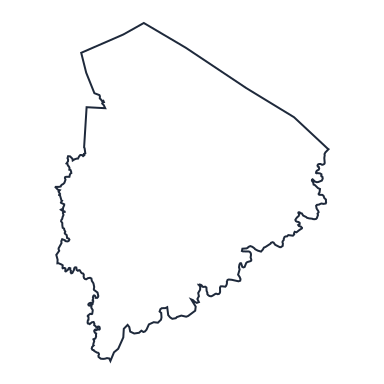 Santa Catarina Loxicha, Oaxaca, Mexico (Albers equal-area conic projection)
{"feature_id": "50627088B46665345239185", "entity_name": "Santa Catarina Loxicha", "entity_type": "district", "adm_level": 2, "iso_a3": "MEX", "parent_name": "Mexico", "parent_adm1": "Oaxaca", "projection": "albers", "projection_center": [-96.724, 16.067], "detail": "fine", "context": "isolated", "style": "outline", "palette": "slate", "viewbox_px": 384, "rotation_deg": 0, "n_neighbors": 0, "source": "geoboundaries", "source_scale": "gbopen_adm2", "svg_char_len": 5869}
<svg xmlns="http://www.w3.org/2000/svg" viewBox="0 0 384 384"><path d="M327.5,148.5L294.0,117.2L246.1,88.0L185.7,47.7L143.8,23.0L123.3,34.5L81.2,52.8L86.2,72.7L94.4,93.2L99.4,95.1L99.9,96.2L99.8,98.5L100.8,99.3L102.0,101.0L103.3,100.7L103.9,102.1L102.7,102.3L102.2,103.5L103.8,105.2L105.2,108.2L86.6,107.2L84.1,147.4L84.6,148.2L85.3,153.3L83.9,153.9L83.8,154.3L84.4,154.8L84.4,155.1L83.1,156.1L82.1,155.1L80.3,155.0L79.1,156.4L78.0,158.6L76.7,158.6L74.6,159.3L72.7,160.5L72.4,158.7L70.1,156.4L68.1,156.2L67.5,158.2L68.1,159.4L68.0,161.3L66.5,163.5L67.5,163.9L67.9,165.6L68.5,166.0L69.4,167.5L69.5,168.5L69.3,169.7L70.5,170.0L71.1,171.5L71.3,173.1L70.5,173.5L69.9,174.6L69.4,176.8L66.1,176.8L65.1,177.2L64.9,178.0L65.5,179.7L64.4,182.8L63.2,184.0L61.7,184.8L61.1,185.5L60.7,186.5L58.8,186.9L55.7,186.9L55.5,187.2L58.0,189.8L59.8,190.2L58.6,191.7L60.0,193.9L59.2,194.6L59.1,195.0L60.0,195.4L61.5,200.6L62.0,200.8L60.9,202.5L61.1,202.9L64.2,204.3L64.2,205.2L63.1,207.7L62.9,209.8L61.5,209.3L60.9,209.7L63.1,211.2L64.5,211.4L64.7,211.8L63.1,212.3L62.9,213.1L63.5,214.9L62.6,217.0L62.2,218.9L61.3,220.1L61.1,221.3L62.3,223.0L62.3,225.1L62.7,227.8L64.1,228.6L64.3,229.9L65.3,231.8L64.7,233.0L64.9,233.6L66.7,235.1L67.1,238.0L68.8,238.6L69.4,239.7L68.7,240.9L67.7,241.4L66.5,241.3L65.4,241.1L65.0,240.3L62.2,239.2L61.3,241.2L61.5,243.1L58.6,248.3L58.6,249.3L59.2,250.8L56.3,254.9L57.6,259.7L57.4,263.3L58.4,263.2L61.5,264.5L62.7,265.3L62.5,268.0L62.7,268.3L63.9,268.0L64.7,268.0L65.4,268.5L65.3,271.2L65.5,271.4L65.9,271.4L68.0,269.7L68.8,268.1L69.5,267.9L70.3,268.3L70.1,269.1L70.3,269.9L70.9,270.6L70.7,272.4L71.3,273.3L72.1,273.1L72.4,272.9L74.1,269.6L74.2,268.5L74.6,267.7L75.2,267.3L76.3,267.5L76.7,270.0L77.9,270.8L79.1,270.1L79.8,270.3L81.0,272.4L81.8,273.2L83.2,273.6L83.8,274.7L83.6,276.5L84.0,278.0L85.0,279.0L86.2,279.3L87.9,278.2L90.0,277.8L91.4,278.5L91.8,280.8L93.4,283.3L93.6,284.1L94.2,287.0L93.8,289.3L94.0,289.9L97.5,292.5L98.3,296.0L98.0,297.0L97.2,297.9L95.9,297.9L95.1,296.0L94.3,295.4L93.9,295.4L93.3,296.0L92.9,297.4L93.3,298.6L92.6,300.1L93.2,300.7L93.2,301.8L92.8,302.2L92.6,304.1L91.9,304.6L90.9,303.8L90.8,302.8L89.9,303.0L89.7,303.4L89.1,303.4L88.5,304.0L88.3,304.6L88.7,305.4L89.9,305.7L91.1,305.2L91.5,305.7L91.3,307.7L92.7,310.0L92.7,310.9L92.2,313.8L91.8,314.1L90.2,313.8L87.9,315.6L87.7,316.0L87.8,316.4L88.3,316.6L88.5,317.2L88.5,319.8L87.9,320.2L87.7,321.4L87.6,322.8L87.8,323.3L88.2,323.7L88.9,323.5L89.7,324.1L91.9,322.3L93.6,322.0L94.4,323.7L94.2,325.2L95.6,326.2L96.5,327.5L97.0,327.9L97.5,327.7L97.7,326.9L98.1,326.5L98.7,326.5L99.4,326.9L99.8,328.2L99.7,329.2L99.3,329.6L97.9,329.4L96.0,330.3L95.4,330.0L95.2,329.6L94.8,329.8L94.2,330.8L94.3,331.6L95.1,332.9L96.2,333.5L96.0,335.0L96.1,336.6L95.3,338.5L94.2,339.1L93.5,339.1L93.4,339.5L94.0,340.3L94.2,341.2L93.4,343.7L93.2,345.3L93.6,345.5L92.1,347.0L91.7,348.6L92.5,349.9L93.7,350.1L94.1,350.9L97.0,352.6L98.2,352.8L98.8,353.5L99.0,354.5L98.4,355.7L98.6,357.0L100.8,358.7L103.3,358.9L105.0,358.7L107.0,358.1L109.3,358.5L110.4,361.0L114.0,352.3L118.2,348.8L123.3,337.4L123.8,328.8L127.6,324.9L129.3,327.1L130.2,331.6L134.2,333.5L139.0,332.8L141.4,330.7L143.4,332.0L144.9,331.5L146.5,329.7L148.9,324.4L153.7,322.2L157.9,322.7L161.0,319.7L161.5,317.4L161.2,312.9L159.6,311.5L160.4,309.2L161.8,308.2L165.4,308.1L167.2,307.2L168.2,315.1L170.1,317.4L172.3,318.8L175.8,318.2L176.8,317.1L181.3,315.6L186.2,316.7L188.1,316.0L195.2,310.7L195.7,306.6L191.2,299.4L193.1,300.2L194.7,301.8L196.8,302.9L198.9,302.1L197.4,299.0L198.9,296.2L198.2,293.0L200.1,289.7L200.2,286.7L199.0,285.0L200.2,285.2L199.2,284.8L199.6,284.5L200.8,284.8L201.8,285.5L202.4,286.7L203.4,286.9L205.3,286.7L206.4,287.5L206.6,290.9L207.4,292.8L207.3,294.0L208.0,295.0L209.4,296.0L211.1,296.3L212.4,295.8L215.5,293.8L216.3,293.7L217.7,294.2L219.0,293.9L219.8,292.9L220.1,291.9L220.0,287.6L220.6,286.4L222.2,286.3L225.3,286.7L225.9,286.1L226.7,284.4L227.0,282.8L226.8,281.8L227.6,279.9L228.8,279.5L231.8,279.8L238.5,281.3L240.2,280.7L240.5,279.1L239.6,276.9L238.1,274.7L239.6,269.5L239.0,267.2L239.5,264.4L240.3,263.2L241.1,263.3L242.3,266.9L243.4,267.4L244.6,267.0L246.2,263.0L247.2,262.1L250.6,261.1L251.2,260.6L251.3,259.7L250.6,257.4L251.0,254.9L250.8,253.3L250.0,252.1L248.9,251.5L242.9,251.4L241.9,251.0L242.4,248.7L246.6,248.4L247.7,247.8L248.5,246.9L250.3,246.1L252.3,246.8L254.4,248.3L255.1,249.2L257.7,250.6L261.0,251.6L262.8,249.6L263.9,247.6L265.4,247.0L270.5,243.7L271.0,242.8L272.6,242.2L273.6,242.6L275.2,244.8L279.7,247.1L280.8,247.2L282.7,245.9L282.9,243.5L282.5,242.5L282.6,241.4L283.7,240.0L283.8,238.6L284.6,236.9L285.7,236.4L287.0,236.4L288.3,235.1L292.9,235.7L294.2,234.4L294.0,233.4L294.7,231.8L296.5,232.3L299.4,230.0L301.9,228.4L302.0,227.8L300.7,226.5L298.9,226.0L298.2,225.0L299.7,224.0L299.6,222.8L298.5,222.0L296.9,221.7L295.9,221.1L295.5,220.4L295.4,219.7L296.9,217.5L298.6,216.1L299.2,214.4L298.3,212.9L298.6,212.3L299.6,212.3L300.7,213.2L301.8,213.4L303.2,215.6L306.1,217.0L307.0,217.8L309.2,218.4L312.2,218.7L313.0,219.1L314.8,219.2L316.1,218.9L316.8,218.2L318.0,215.0L317.5,213.7L318.6,212.3L318.4,211.3L316.6,208.5L316.1,205.8L316.9,204.9L319.3,204.5L320.3,203.9L321.6,203.5L323.3,203.9L325.7,203.5L326.1,202.6L325.9,200.8L326.0,199.8L325.8,199.4L324.4,198.2L323.5,195.8L322.4,194.9L319.3,194.8L318.7,194.3L318.7,193.6L319.5,192.5L320.0,189.0L318.0,188.1L314.8,185.0L313.6,184.6L313.2,182.5L311.9,180.7L312.0,179.7L312.6,179.3L315.0,181.6L316.9,182.2L318.3,182.0L321.8,180.6L322.7,178.7L322.5,177.0L321.4,176.3L321.2,175.8L321.5,175.2L321.4,174.2L320.0,173.4L317.5,173.1L316.7,173.3L316.0,172.9L316.3,171.5L316.9,170.7L318.8,169.6L319.2,168.5L318.7,166.8L317.8,166.6L317.5,165.4L318.0,164.5L319.1,164.0L320.6,164.0L322.1,164.8L323.3,164.5L324.3,163.9L324.7,163.0L324.3,158.0L324.7,155.2L324.5,154.1L325.4,152.4L328.5,149.2L327.5,148.5Z" fill="none" stroke="#1e293b" stroke-width="2"/></svg>